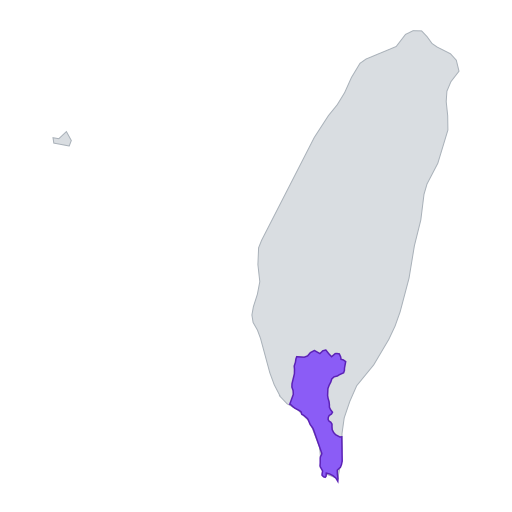 Taiwan, with Pingtung highlighted
{"feature_id": "TWN-1158", "entity_name": "Pingtung", "entity_type": "County", "adm_level": 1, "iso_a3": "TWN", "parent_name": "Taiwan", "parent_adm1": "", "projection": "natural_earth1", "projection_center": [120.7, 22.396], "detail": "fine", "context": "in_parent", "style": "filled", "palette": "violet", "viewbox_px": 512, "rotation_deg": 0, "n_neighbors": 0, "source": "natural_earth", "source_scale": "10m", "svg_char_len": 2200}
<svg xmlns="http://www.w3.org/2000/svg" viewBox="0 0 512 512"><path d="M356.7,385.7L349.8,401.4L344.2,417.9L342.0,433.5L342.1,449.6L340.5,464.2L337.8,478.6L326.9,474.4L321.0,464.1L319.6,447.2L311.7,426.8L308.8,420.9L297.4,409.5L287.1,403.8L279.1,395.4L280.1,396.1L274.2,384.7L269.8,372.7L260.5,338.3L257.4,330.0L253.1,322.5L251.9,315.0L253.4,306.7L257.4,294.2L259.8,281.7L257.9,264.6L258.6,247.8L261.6,240.3L314.3,137.4L328.5,115.5L337.2,104.8L344.6,92.7L351.5,77.4L360.0,63.3L366.1,59.0L396.2,46.5L405.5,34.4L413.1,30.7L421.6,30.9L427.1,36.7L432.0,43.5L437.2,47.1L450.5,53.8L456.3,60.2L459.0,71.2L450.9,81.7L446.9,91.2L446.2,101.6L447.7,115.8L447.9,130.0L437.8,163.3L427.0,184.0L424.0,194.3L420.8,220.0L414.4,245.7L409.0,278.3L400.1,311.9L395.1,326.0L388.8,339.4L373.7,364.9L356.7,385.7ZM66.4,131.6L71.3,140.5L69.2,146.0L53.8,143.1L53.0,137.7L58.8,138.7L66.4,131.6Z" fill="#d9dde1" stroke="#a8b0b8" stroke-width="1"/><path d="M341.8,436.8L342.2,461.1L341.5,464.5L340.4,467.3L339.0,468.5L337.3,470.2L337.4,474.2L338.0,478.5L337.8,481.3L335.9,478.1L333.0,475.7L329.7,474.0L326.3,473.1L326.1,476.2L325.2,477.3L323.7,476.9L322.1,475.4L322.0,474.3L322.6,471.0L320.2,466.7L320.0,465.5L320.1,464.6L320.2,463.0L320.2,458.0L320.5,456.5L321.5,454.8L321.8,453.4L313.3,429.1L312.6,427.8L310.2,424.6L308.3,420.0L307.5,418.6L304.0,415.6L302.6,414.7L302.2,414.6L301.7,414.2L301.3,412.4L301.0,411.8L299.2,410.5L294.9,408.2L293.0,406.8L290.9,404.8L290.0,404.1L289.8,404.1L293.3,394.4L293.1,390.6L291.9,387.1L292.0,383.7L294.4,373.8L294.5,369.3L294.2,366.1L295.4,362.4L295.9,359.0L296.7,356.7L304.2,357.2L307.6,355.9L310.4,352.6L314.4,350.5L319.9,353.6L322.8,350.8L325.8,350.0L329.1,354.1L331.6,356.7L335.2,353.6L337.0,353.5L339.2,353.9L339.3,353.9L340.7,357.0L341.0,359.3L343.3,359.9L345.7,361.6L344.5,368.0L344.4,370.5L343.6,372.8L339.4,374.7L337.4,376.0L334.1,376.8L331.8,378.9L330.8,382.0L329.2,385.1L327.9,388.6L327.6,395.5L328.1,398.5L329.0,401.4L329.4,404.7L329.4,407.2L330.5,409.6L332.5,412.2L331.5,414.0L329.2,415.5L328.3,417.3L328.1,419.5L329.2,421.3L330.7,422.1L332.0,424.1L332.0,426.8L332.2,429.7L333.6,432.5L335.6,434.7L339.9,437.0L341.8,436.8Z" fill="#8b5cf6" stroke="#5b21b6" stroke-width="1.5"/></svg>